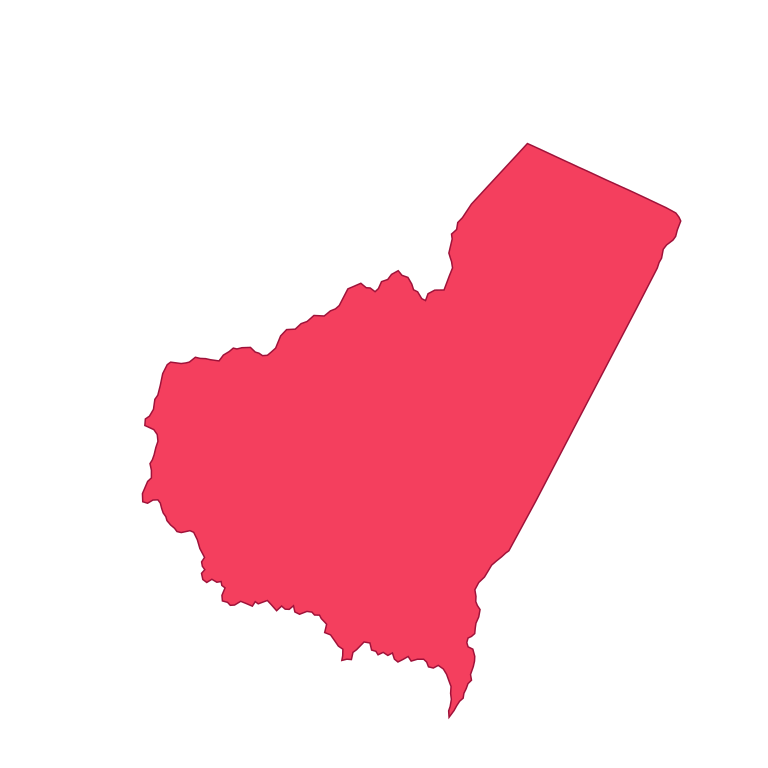 Santa Filomena, Pernambuco, Brazil, rotated 24°
{"feature_id": "56859067B7026761946048", "entity_name": "Santa Filomena", "entity_type": "district", "adm_level": 2, "iso_a3": "BRA", "parent_name": "Brazil", "parent_adm1": "Pernambuco", "projection": "equal_earth", "projection_center": [-40.595, -8.21], "detail": "fine", "context": "isolated", "style": "filled", "palette": "rose", "viewbox_px": 768, "rotation_deg": 24, "n_neighbors": 0, "source": "geoboundaries", "source_scale": "gbopen_adm2", "svg_char_len": 2990}
<svg xmlns="http://www.w3.org/2000/svg" viewBox="0 0 768 768"><g transform="rotate(24 384 384)"><path d="M182.4,519.2L192.3,519.3L197.4,522.4L200.8,528.3L201.4,534.8L202.8,542.3L203.2,547.6L202.6,551.9L206.6,557.4L209.7,564.4L207.7,569.1L207.9,582.4L211.5,589.7L216.5,589.1L220.1,584.0L224.5,581.8L228.1,583.8L231.4,588.0L234.7,591.6L238.7,594.0L241.3,597.1L246.4,599.6L251.3,601.0L254.9,603.0L259.2,602.2L266.4,596.9L270.5,596.9L276.8,602.2L282.7,609.2L290.6,615.4L289.7,620.7L292.2,624.4L295.8,626.5L294.3,631.2L298.0,636.3L302.8,637.4L306.2,632.4L311.9,633.1L315.5,630.7L317.8,634.0L321.7,634.9L321.9,643.0L324.6,647.9L329.9,647.1L333.6,648.7L337.4,646.7L341.5,640.8L347.5,640.6L354.1,640.5L354.9,635.2L358.5,636.0L365.5,629.2L370.7,631.4L378.1,634.8L380.8,628.5L385.3,629.9L389.1,628.4L391.5,623.4L395.3,628.5L400.5,628.7L406.1,623.1L410.9,621.7L414.5,623.3L419.1,621.4L422.1,623.8L425.8,625.3L429.3,626.8L430.9,635.2L437.2,634.9L444.2,639.1L448.9,642.0L454.3,643.0L456.8,649.1L457.9,653.7L462.0,650.5L466.3,649.0L464.8,641.8L467.0,637.9L470.7,627.8L476.5,626.3L480.9,632.1L485.3,631.5L488.7,633.8L492.4,629.5L497.9,630.4L501.1,626.3L505.4,631.1L509.8,632.3L513.3,628.0L516.9,623.1L521.5,626.1L526.4,621.9L532.2,619.3L536.1,620.7L539.7,624.3L544.6,623.4L548.0,619.0L554.1,620.2L559.3,623.8L564.0,628.7L568.3,633.1L570.7,639.6L573.8,644.7L575.6,651.7L576.0,656.3L579.0,662.0L580.8,653.9L581.3,648.1L582.1,643.1L584.1,638.8L582.8,634.1L583.0,628.9L582.6,623.6L584.4,619.0L581.2,614.2L580.5,605.8L579.4,600.3L577.7,595.9L573.0,590.1L567.7,589.9L564.8,586.5L564.1,581.9L566.6,579.0L568.4,575.1L566.6,569.7L565.3,565.1L565.3,558.3L563.5,551.0L559.4,548.4L556.3,545.4L554.4,540.6L550.7,535.0L551.3,526.8L554.3,519.5L555.2,512.4L556.0,505.7L558.8,499.7L561.7,494.1L563.9,489.0L565.9,485.6L570.3,429.2L576.0,336.9L583.8,214.0L586.5,166.9L585.9,161.1L586.4,156.2L584.3,147.3L585.6,142.0L589.5,134.9L590.4,130.5L589.3,124.0L588.8,114.4L585.6,111.6L581.1,109.1L570.1,108.2L533.7,107.4L504.4,107.2L478.5,106.8L473.2,106.8L423.0,106.0L417.2,106.0L411.8,122.0L409.7,128.1L398.4,161.3L390.7,184.1L388.0,200.2L385.7,206.5L387.5,213.3L384.7,219.6L387.3,223.8L390.0,238.0L393.1,241.6L396.0,244.8L399.4,250.1L399.7,258.5L400.6,273.7L392.2,277.6L387.5,283.6L388.0,290.9L383.8,290.7L377.2,286.1L372.7,285.9L368.7,281.4L362.5,276.9L356.2,277.4L350.9,274.7L346.3,280.8L344.9,287.0L340.1,291.5L340.1,299.1L338.3,303.3L332.3,301.9L328.6,303.3L321.9,301.4L312.3,311.8L311.2,330.5L309.1,335.1L305.3,339.0L301.7,346.2L292.1,349.9L288.3,358.2L283.7,362.6L280.6,370.0L272.9,373.9L270.0,382.1L270.4,395.3L268.0,400.7L265.8,405.2L261.5,407.5L257.2,406.7L253.4,407.2L247.1,404.9L239.5,408.6L235.4,411.8L231.7,412.5L229.4,417.3L225.5,422.9L223.9,430.0L215.6,432.4L210.7,433.4L205.6,435.4L200.8,436.3L197.3,443.1L194.5,445.3L190.4,447.8L180.2,450.8L178.1,454.5L177.6,464.5L180.2,476.3L181.9,486.2L180.9,491.2L183.7,500.9L182.8,508.8L180.2,513.0L182.4,519.2Z" fill="#f43f5e" stroke="#9f1239" stroke-width="1.5"/></g></svg>